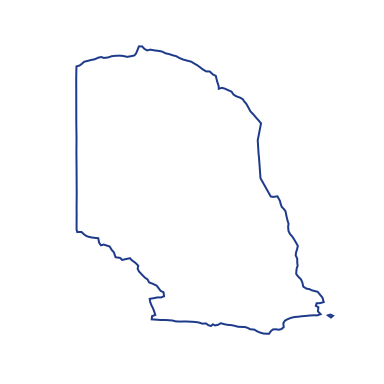 Itacaré, Bahia, Brazil (Albers equal-area conic projection), rotated 81°
{"feature_id": "56859067B83682608684654", "entity_name": "Itacaré", "entity_type": "district", "adm_level": 2, "iso_a3": "BRA", "parent_name": "Brazil", "parent_adm1": "Bahia", "projection": "albers", "projection_center": [-39.125, -14.353], "detail": "fine", "context": "isolated", "style": "outline", "palette": "blue", "viewbox_px": 384, "rotation_deg": 81, "n_neighbors": 0, "source": "geoboundaries", "source_scale": "gbopen_adm2", "svg_char_len": 2789}
<svg xmlns="http://www.w3.org/2000/svg" viewBox="0 0 384 384"><g transform="rotate(81 192 192)"><path d="M49.9,286.5L61.1,288.5L105.8,295.5L120.5,297.6L135.6,300.1L151.1,302.4L176.6,306.3L189.7,308.5L194.5,309.2L211.1,311.9L213.6,311.6L214.2,307.4L216.9,305.3L219.0,303.1L220.2,300.9L221.6,297.0L223.0,291.8L227.4,291.7L230.4,290.3L230.1,287.4L231.3,285.1L232.9,281.9L236.7,280.3L239.4,278.6L244.5,277.7L245.8,273.4L248.2,271.6L247.9,267.6L247.7,263.6L249.9,262.2L253.1,259.0L256.4,256.6L259.2,257.7L262.2,256.8L265.9,254.3L269.2,251.9L271.5,249.5L274.6,248.5L276.4,245.3L279.0,241.5L282.2,239.8L284.7,238.5L286.6,235.8L290.6,235.9L291.3,239.1L290.7,242.7L290.9,246.9L290.9,250.5L294.1,250.5L297.8,249.7L300.8,248.7L304.4,248.0L307.7,247.5L308.4,250.9L311.5,251.7L312.6,246.9L313.5,243.0L314.1,239.3L314.6,236.7L315.2,234.2L315.8,231.6L317.2,228.4L318.1,224.2L318.7,219.7L319.3,216.4L320.0,213.2L320.7,209.9L321.8,206.1L323.7,202.2L324.0,198.8L326.2,196.6L327.3,194.2L326.0,192.1L327.4,190.0L327.2,186.9L326.1,184.1L327.7,180.6L329.0,176.9L329.6,174.1L330.7,171.1L332.3,167.6L333.1,163.7L333.7,160.7L334.9,158.3L336.7,155.9L337.7,151.9L339.9,149.3L341.4,146.9L343.0,143.5L344.1,138.2L341.7,135.8L340.4,133.5L340.7,130.7L341.6,127.8L341.4,125.2L339.9,122.6L335.9,122.3L333.6,120.4L332.6,117.6L331.8,114.0L331.5,110.3L331.8,106.7L331.9,103.0L332.2,99.2L332.4,95.2L332.8,91.2L333.4,87.5L332.8,84.1L329.6,86.3L325.6,85.2L323.8,87.5L321.4,86.3L321.8,82.7L321.3,79.1L316.6,79.7L313.5,81.6L310.2,83.5L309.0,86.4L307.8,89.1L306.3,91.2L305.4,94.0L302.9,96.9L298.5,97.2L295.4,98.0L291.9,100.5L289.2,101.9L286.5,101.3L283.7,100.5L281.4,99.2L278.1,99.1L274.4,98.5L270.8,99.5L268.0,98.7L265.3,97.3L261.8,95.9L258.5,97.1L254.4,98.7L251.6,100.0L248.8,101.8L245.5,102.8L241.3,102.5L238.5,101.6L236.0,102.0L231.7,102.4L225.6,102.7L223.1,104.0L220.7,105.7L217.7,106.3L214.7,106.5L209.6,108.3L209.6,112.2L208.8,114.9L189.1,122.2L177.4,121.2L167.9,120.4L165.1,120.3L151.2,119.0L135.0,113.1L132.1,114.8L128.7,117.0L124.6,119.5L121.5,121.7L117.9,122.9L113.1,124.7L110.7,126.3L108.3,127.3L106.3,129.8L104.4,133.3L102.3,135.7L99.0,137.3L96.8,140.8L95.1,143.3L93.8,146.1L94.2,149.4L91.3,149.1L87.4,149.8L84.2,150.1L81.1,150.3L79.1,153.0L75.7,155.7L75.1,159.1L72.6,162.2L69.6,165.0L67.5,167.1L65.9,169.2L63.2,172.3L61.3,176.7L59.7,180.2L57.6,183.5L55.3,186.5L53.8,190.0L52.3,192.8L50.8,196.6L48.8,199.2L47.6,202.4L46.2,207.1L44.9,210.8L45.1,214.2L43.2,216.6L40.4,218.5L39.9,221.7L43.2,223.6L46.3,225.5L48.1,227.5L48.3,230.4L48.4,234.8L46.9,238.6L46.0,242.1L45.5,246.4L45.3,249.9L46.0,254.0L45.8,258.1L44.5,260.5L44.6,263.4L45.7,267.3L45.8,270.6L46.2,274.9L46.5,278.2L48.2,280.8L49.5,283.3L49.9,286.5ZM335.1,77.0L337.7,74.4L336.3,72.1L334.7,74.5L335.1,77.0Z" fill="none" stroke="#1e3a8a" stroke-width="2"/></g></svg>